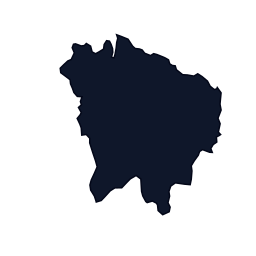 Souni Zanakia, Limassol, Cyprus, rotated 25°
{"feature_id": "46923920B21647228964457", "entity_name": "Souni Zanakia", "entity_type": "district", "adm_level": 2, "iso_a3": "CYP", "parent_name": "Cyprus", "parent_adm1": "Limassol", "projection": "mercator", "projection_center": [32.882, 34.731], "detail": "fine", "context": "isolated", "style": "filled", "palette": "ink", "viewbox_px": 256, "rotation_deg": 25, "n_neighbors": 0, "source": "geoboundaries", "source_scale": "gbopen_adm2", "svg_char_len": 1709}
<svg xmlns="http://www.w3.org/2000/svg" viewBox="0 0 256 256"><g transform="rotate(25 128 128)"><path d="M130.5,208.5L134.4,205.0L136.2,199.6L138.4,192.5L141.4,187.8L147.6,184.8L150.0,177.6L151.6,173.1L155.4,167.6L161.2,168.8L167.1,179.7L170.1,183.3L175.2,187.1L176.9,187.5L181.0,183.9L185.5,184.1L187.3,185.3L190.2,190.1L196.1,191.9L200.7,186.5L199.6,181.9L195.8,178.8L194.5,172.2L191.9,168.3L191.3,162.6L194.1,157.7L202.7,155.1L208.3,153.1L207.0,147.7L205.1,142.6L204.1,139.9L201.3,135.5L201.9,129.7L203.2,122.9L202.8,119.0L204.7,116.1L212.2,115.5L214.7,114.5L211.7,111.6L212.2,107.0L214.4,103.2L211.9,98.8L213.8,96.3L214.7,94.8L211.6,93.5L209.7,85.2L205.4,81.1L204.8,72.4L201.3,67.5L197.5,56.8L191.8,53.6L191.9,55.1L189.9,56.7L184.8,55.4L180.2,51.9L173.4,50.1L168.3,49.4L165.8,53.1L159.5,54.8L155.0,56.6L147.2,54.7L144.5,51.7L141.7,52.6L138.7,52.2L135.9,49.1L132.2,48.8L130.3,48.8L123.1,49.2L119.8,49.8L117.9,52.8L111.5,53.2L107.9,51.3L105.1,51.5L100.9,52.9L97.6,51.9L90.5,47.5L83.0,47.9L78.3,48.3L80.8,51.0L81.6,55.2L83.5,60.6L85.1,66.6L85.7,70.4L83.1,70.8L82.2,65.8L80.4,62.5L77.3,59.3L74.5,57.1L71.7,57.9L71.1,62.4L72.5,66.7L69.6,71.2L67.2,74.4L63.3,74.2L59.5,69.6L54.5,69.0L53.6,71.7L50.9,73.4L44.9,73.9L43.2,75.1L43.5,78.8L47.6,82.6L47.6,89.9L45.1,92.7L43.0,97.9L41.3,102.5L43.7,106.3L49.6,107.5L55.1,108.7L57.3,112.3L61.0,115.6L64.0,118.7L68.7,120.8L73.1,119.1L73.7,124.2L76.0,126.6L74.4,130.3L79.1,133.7L79.1,136.1L78.4,139.0L77.9,140.8L82.8,144.9L85.6,147.7L89.1,154.0L92.9,151.5L97.7,153.5L99.6,157.7L106.5,165.2L112.4,171.4L116.5,176.2L116.7,183.5L116.7,190.8L117.6,195.8L120.5,200.1L121.6,200.8L126.3,203.9L129.6,207.4L130.5,208.5Z" fill="#0f172a" stroke="#020617" stroke-width="1.5"/></g></svg>